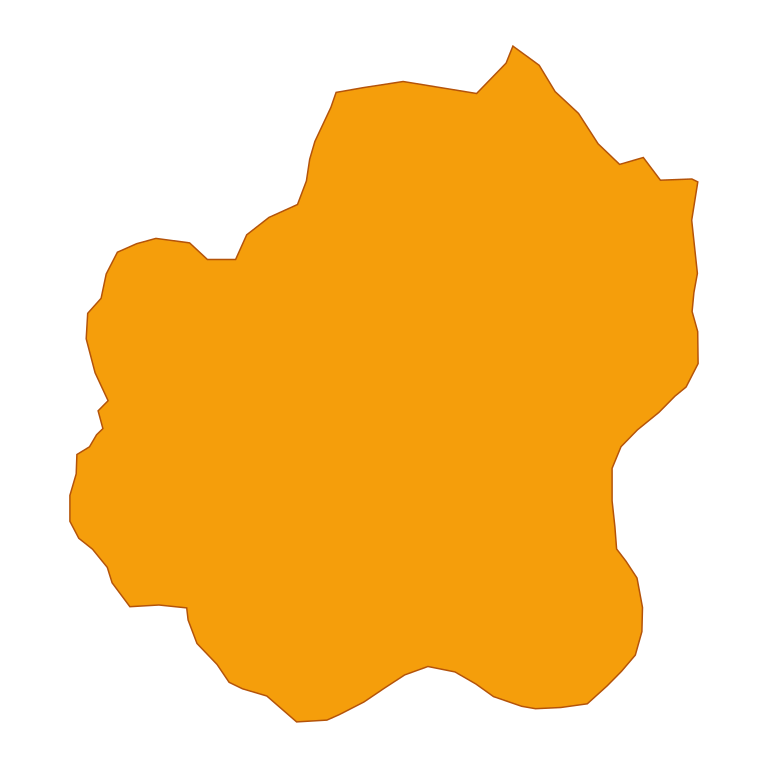 the district of Agia Anna, Larnaca, Cyprus
{"feature_id": "46923920B8149525984210", "entity_name": "Agia Anna", "entity_type": "district", "adm_level": 2, "iso_a3": "CYP", "parent_name": "Cyprus", "parent_adm1": "Larnaca", "projection": "equal_earth", "projection_center": [33.489, 34.939], "detail": "fine", "context": "isolated", "style": "filled", "palette": "amber", "viewbox_px": 768, "rotation_deg": 0, "n_neighbors": 0, "source": "geoboundaries", "source_scale": "gbopen_adm2", "svg_char_len": 1263}
<svg xmlns="http://www.w3.org/2000/svg" viewBox="0 0 768 768"><path d="M229.1,682.3L242.5,688.8L266.8,696.0L296.6,721.9L298.3,721.8L326.9,720.1L333.7,717.1L339.1,714.7L363.9,702.0L384.3,688.2L404.7,674.9L427.9,666.5L454.9,671.9L475.9,684.0L493.5,696.6L521.7,706.3L535.5,708.7L560.8,707.5L587.3,703.8L607.2,685.8L621.5,671.3L635.3,655.1L641.9,631.6L642.5,607.5L637.0,578.0L625.9,561.1L616.6,549.0L614.9,526.8L612.1,500.9L612.1,468.3L621.0,446.7L637.5,429.8L659.0,412.3L675.0,396.1L686.1,387.0L698.1,363.6L697.7,331.6L692.1,311.5L693.9,292.6L697.4,273.4L694.2,243.7L691.7,220.2L697.8,181.9L691.9,179.0L660.4,180.2L643.3,157.5L619.6,164.4L598.1,143.8L578.5,113.4L555.1,91.6L539.2,65.3L512.9,46.1L506.1,63.1L476.6,93.5L403.1,81.5L363.5,87.6L336.1,92.4L330.9,107.4L314.9,141.4L309.7,159.2L306.4,181.0L297.5,204.5L269.0,217.4L246.7,234.8L235.6,259.5L207.4,259.5L189.6,242.9L155.9,238.4L136.6,243.7L117.4,252.2L106.2,274.0L101.1,298.3L87.7,313.3L86.2,338.8L95.1,372.8L108.1,400.7L98.1,410.8L102.9,428.6L96.6,434.7L89.5,446.8L76.9,454.5L76.2,473.9L69.9,495.4L69.9,508.8L69.9,521.3L78.8,538.3L92.5,549.2L107.3,567.4L112.1,582.8L129.9,606.7L158.9,605.0L186.7,607.9L188.1,620.0L197.0,643.5L217.1,664.5L229.1,682.3Z" fill="#f59e0b" stroke="#b45309" stroke-width="1.5"/></svg>